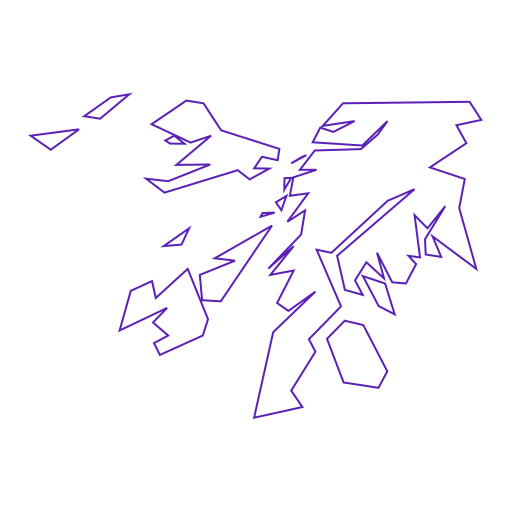 outline of Argyll and Bute
{"feature_id": "GBR-2746", "entity_name": "Argyll and Bute", "entity_type": "Unitary District", "adm_level": 1, "iso_a3": "GBR", "parent_name": "United Kingdom", "parent_adm1": "", "projection": "robinson", "projection_center": [-5.597, 55.994], "detail": "medium", "context": "isolated", "style": "outline", "palette": "violet", "viewbox_px": 512, "rotation_deg": 0, "n_neighbors": 0, "source": "natural_earth", "source_scale": "10m", "svg_char_len": 1932}
<svg xmlns="http://www.w3.org/2000/svg" viewBox="0 0 512 512"><path d="M476.3,268.9L432.6,236.4L441.2,256.9L425.7,254.5L425.0,239.2L445.3,206.1L427.5,228.3L414.6,215.2L420.0,257.4L408.5,255.8L416.1,264.1L405.9,283.5L392.2,282.3L377.0,252.7L384.0,278.4L366.4,262.3L355.0,280.4L362.7,294.9L344.9,289.9L337.1,255.8L414.5,189.2L387.8,200.7L331.4,252.8L316.6,249.7L341.0,306.4L308.9,339.2L315.4,351.7L291.2,390.7L302.4,407.0L254.1,417.7L273.2,332.2L315.4,291.6L288.4,310.9L277.1,303.0L293.7,270.5L270.4,274.9L293.7,246.1L268.3,268.6L301.1,234.6L305.1,210.4L287.3,221.8L308.2,193.3L289.8,195.8L293.4,177.3L316.5,169.8L299.9,169.8L314.8,150.5L360.9,149.1L377.6,134.7L387.5,121.1L362.3,145.5L312.7,142.3L320.3,127.6L333.4,131.9L354.6,121.1L322.8,125.9L343.0,103.3L469.6,101.8L481.3,119.9L456.4,125.2L466.4,143.2L429.9,167.4L464.8,179.0L459.2,208.0L476.3,268.9ZM279.4,148.9L277.6,160.2L261.9,156.8L254.2,168.3L269.3,168.6L249.6,179.4L237.7,170.2L164.5,192.6L146.1,178.7L168.2,181.2L210.3,164.5L176.4,164.9L211.1,135.7L190.6,142.6L151.6,124.2L186.3,100.6L203.5,103.3L221.1,130.3L279.4,148.9ZM208.0,319.2L202.8,335.5L159.9,354.9L154.0,343.1L168.2,335.5L153.0,322.5L167.1,307.9L119.6,330.5L130.8,290.8L152.0,281.1L155.8,298.0L187.7,268.9L208.0,319.2ZM387.3,371.3L378.5,387.8L343.6,382.5L327.0,338.8L344.8,320.7L363.3,325.1L387.3,371.3ZM214.7,258.3L272.0,225.6L220.8,301.3L202.1,300.2L199.8,274.9L235.0,260.7L214.7,258.3ZM394.7,314.4L378.7,306.1L362.9,276.1L385.1,283.5L394.7,314.4ZM30.7,135.7L79.1,129.3L50.7,149.7L30.7,135.7ZM129.3,94.3L100.1,118.7L84.2,116.2L110.8,97.4L129.3,94.3ZM163.7,246.1L189.1,228.3L181.5,244.6L163.7,246.1ZM184.5,143.7L170.1,143.6L165.3,140.5L174.3,135.7L184.5,143.7ZM275.9,202.3L286.4,195.9L281.4,210.2L275.9,202.3ZM284.3,189.6L284.5,178.2L291.2,177.9L284.3,189.6ZM262.6,213.0L274.6,212.6L260.6,216.8L262.6,213.0ZM291.2,163.3L302.0,157.0L306.4,155.2L291.2,163.3Z" fill="none" stroke="#5b21b6" stroke-width="2"/></svg>